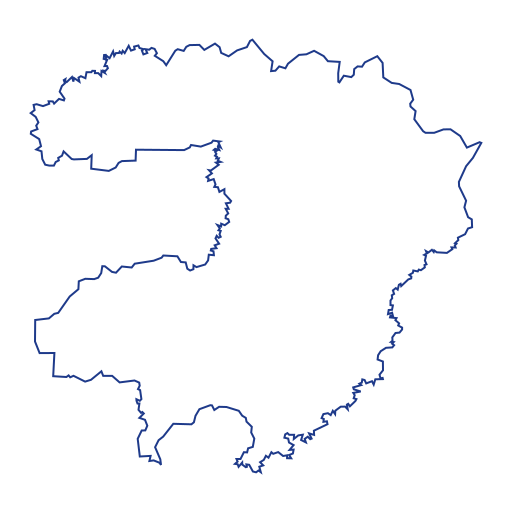 the district of Dong Phu, Bình Phước, Vietnam
{"feature_id": "81297802B41717626545623", "entity_name": "Dong Phu", "entity_type": "district", "adm_level": 2, "iso_a3": "VNM", "parent_name": "Vietnam", "parent_adm1": "Bình Phước", "projection": "albers", "projection_center": [106.951, 11.479], "detail": "fine", "context": "isolated", "style": "outline", "palette": "blue", "viewbox_px": 512, "rotation_deg": 0, "n_neighbors": 0, "source": "geoboundaries", "source_scale": "gbopen_adm2", "svg_char_len": 5942}
<svg xmlns="http://www.w3.org/2000/svg" viewBox="0 0 512 512"><path d="M377.3,56.2L364.8,62.4L362.0,66.7L357.6,66.4L354.2,69.1L353.8,74.7L351.3,77.1L343.8,75.7L339.4,82.4L338.3,81.7L338.2,73.2L339.7,61.9L327.9,61.2L323.7,56.1L314.1,50.8L306.4,54.3L299.0,54.9L288.0,63.7L285.4,68.3L279.2,66.4L275.4,70.7L271.1,71.1L272.6,61.3L264.2,54.0L252.4,39.7L250.1,40.9L246.9,47.1L237.1,50.4L228.6,56.3L221.2,52.9L219.6,47.2L215.0,43.6L204.3,49.9L199.4,44.9L189.6,45.1L186.3,46.8L183.7,50.9L177.7,49.2L175.3,50.7L166.2,65.2L163.3,61.2L154.8,55.8L156.9,53.2L154.6,48.9L151.5,47.9L149.2,49.7L145.5,49.2L147.3,53.0L143.4,54.4L141.9,50.6L143.6,49.2L139.5,48.0L138.4,45.5L134.1,46.6L134.7,49.3L131.0,50.6L128.7,45.8L124.7,53.1L122.7,50.8L121.6,53.5L119.6,51.6L119.0,53.0L115.9,53.1L114.2,55.9L113.1,51.4L109.6,58.2L106.9,56.0L106.0,57.8L105.7,54.9L104.1,55.0L103.7,58.9L107.2,59.7L104.5,66.1L107.0,66.0L107.9,68.2L105.4,71.0L103.7,70.7L104.9,73.0L101.5,71.0L101.2,76.1L98.2,73.1L94.9,73.1L95.0,70.9L92.3,70.8L91.4,72.2L86.5,72.2L85.4,78.2L80.9,76.2L78.5,77.6L79.4,81.7L74.0,78.0L73.4,81.6L72.0,77.0L66.7,82.1L65.0,80.8L65.4,79.1L63.8,80.1L64.9,83.3L61.9,86.0L59.7,91.7L64.5,98.6L63.9,100.4L59.0,98.9L54.1,103.6L52.8,101.4L48.6,101.3L49.2,103.8L43.0,106.1L36.6,104.2L33.6,104.9L34.6,110.1L30.7,113.1L35.7,116.9L38.4,122.4L36.2,125.7L37.5,129.1L31.1,131.5L30.8,133.8L39.2,139.1L41.0,146.2L36.3,149.5L41.5,151.3L42.3,159.0L45.2,164.7L49.3,165.6L53.9,165.6L55.7,162.0L58.8,160.4L58.2,157.9L62.0,155.7L63.6,151.4L71.7,159.0L73.9,159.4L86.9,158.9L91.7,155.2L91.2,168.7L108.8,170.9L115.7,167.5L118.6,162.9L121.9,161.1L135.6,160.6L136.0,149.7L184.1,150.1L189.8,147.4L191.0,145.0L200.8,146.6L211.5,142.7L213.1,140.6L219.8,141.5L218.3,142.2L220.7,147.4L218.2,145.7L217.8,146.9L219.3,150.0L215.2,148.8L213.9,149.9L216.9,150.6L215.1,151.9L216.4,153.9L215.0,155.7L217.0,156.7L216.2,158.4L218.9,158.3L217.8,160.7L220.6,161.9L216.0,162.6L218.7,164.8L210.9,170.5L209.0,170.2L211.9,173.4L206.5,177.1L208.6,178.5L208.1,180.9L213.7,179.1L215.5,184.4L214.3,186.9L217.9,187.2L219.4,191.9L224.4,189.2L224.4,193.7L231.1,201.0L230.1,202.7L225.9,203.3L228.6,208.8L225.7,208.8L228.2,213.4L225.8,215.7L225.6,218.3L228.3,219.2L229.2,221.9L224.8,225.2L221.2,223.7L221.1,226.4L217.4,225.0L219.8,228.4L218.5,230.3L220.7,230.9L219.5,234.3L220.7,236.8L218.6,237.8L216.7,235.8L215.5,238.4L219.1,243.7L214.7,245.3L216.5,248.2L211.2,248.9L210.8,250.5L213.5,251.3L213.9,255.2L208.8,254.7L208.1,260.4L205.2,264.5L196.5,267.1L193.5,265.3L193.4,269.2L190.1,270.5L187.3,268.7L185.7,262.4L180.9,262.0L177.4,256.3L163.3,255.5L161.6,257.7L153.7,260.7L134.7,263.7L131.7,267.5L121.8,266.5L116.0,272.7L112.0,271.9L104.9,266.3L102.3,266.2L101.2,273.1L98.2,277.7L94.2,279.1L85.3,278.8L78.8,281.3L78.4,289.2L69.7,296.5L58.2,312.9L54.3,313.8L48.9,318.4L35.2,320.0L35.0,341.5L39.6,353.1L54.4,353.0L53.2,376.2L66.4,377.0L68.6,375.4L70.2,377.3L73.5,375.8L85.1,381.6L91.0,379.8L101.4,371.3L103.2,375.9L112.2,375.9L119.6,382.4L134.5,380.5L139.2,382.6L139.7,385.7L138.0,389.1L140.1,390.1L141.4,399.1L139.8,400.8L136.4,399.2L136.5,400.7L137.5,403.5L139.4,403.5L138.5,409.8L141.1,412.9L142.3,412.0L143.8,413.5L139.4,417.9L145.0,419.8L147.3,425.7L145.3,430.4L141.7,430.5L137.7,438.8L139.8,456.5L150.6,455.9L149.4,461.0L153.7,460.4L159.4,462.7L161.0,464.9L160.3,459.3L155.1,447.2L158.6,440.2L163.2,436.6L173.3,423.8L191.4,424.3L193.9,422.3L195.5,415.8L199.4,409.2L210.3,405.2L212.0,405.4L214.3,410.0L219.1,406.8L226.5,407.0L238.8,410.8L242.2,415.7L245.8,417.9L246.5,421.6L251.8,426.8L251.2,432.5L254.3,438.6L252.8,446.9L248.1,448.3L247.1,452.4L243.9,452.2L240.5,459.0L236.5,459.0L237.6,461.6L235.0,463.9L237.7,464.3L238.6,466.8L242.2,462.5L242.3,464.6L245.8,467.2L246.9,466.8L246.4,464.4L249.2,464.8L252.9,471.5L256.1,472.3L258.5,470.5L260.8,472.2L259.3,466.7L263.2,465.4L260.1,462.2L263.8,459.9L265.9,455.8L268.5,457.7L271.4,452.2L273.2,453.8L278.2,452.1L283.1,456.0L287.1,455.3L287.1,458.2L291.2,458.3L289.1,455.0L292.9,453.5L293.6,449.6L289.6,449.9L293.6,445.1L289.0,442.5L288.2,438.6L284.4,437.7L285.2,434.4L287.4,433.1L289.2,434.8L294.1,434.8L293.8,439.0L298.3,435.4L302.8,434.7L301.1,440.0L305.9,442.4L304.7,438.9L307.8,436.7L310.2,439.2L311.6,438.6L309.1,433.4L314.1,434.9L313.9,430.7L327.5,424.2L326.9,421.3L323.4,421.8L323.8,419.0L321.6,418.1L323.4,414.1L327.9,413.2L330.7,415.1L332.8,410.8L335.1,414.1L335.3,410.7L340.7,406.7L345.1,406.6L347.7,409.3L346.9,404.6L348.2,403.8L349.9,406.3L355.4,401.0L356.4,399.1L353.7,398.3L354.7,395.2L353.3,392.9L360.7,391.5L353.8,389.3L353.2,387.4L361.2,385.1L359.4,383.7L361.8,382.6L362.3,379.4L364.6,380.0L366.2,383.4L372.0,381.2L373.7,384.6L375.3,379.3L382.9,379.1L382.6,377.9L380.5,378.3L379.5,374.7L383.0,370.3L382.9,361.5L377.6,359.5L378.1,355.2L380.7,351.2L386.0,347.8L392.3,347.4L394.1,345.2L392.1,343.7L393.6,342.1L391.1,341.9L392.5,340.7L392.3,337.4L395.5,333.0L399.5,332.6L402.1,329.5L402.1,327.6L398.2,325.5L399.1,323.4L395.4,320.2L396.5,318.1L390.0,317.4L390.5,315.6L392.9,315.8L392.1,312.7L388.0,314.1L388.7,310.0L392.0,309.8L392.9,305.4L390.5,305.1L390.5,300.5L392.2,298.2L391.8,295.3L394.1,293.9L392.9,290.4L395.8,288.1L397.7,289.6L398.9,284.8L400.6,283.8L401.2,286.1L408.3,279.4L411.2,278.4L411.4,276.6L409.3,274.9L412.9,272.8L413.3,270.5L417.8,271.4L418.8,269.6L420.9,270.2L424.8,267.4L424.5,265.0L426.5,264.3L424.9,260.6L426.0,255.8L424.2,254.9L426.9,253.4L426.0,251.1L428.4,252.5L431.9,249.8L433.7,252.0L434.2,250.4L436.7,252.3L446.9,252.9L452.3,249.2L451.5,247.4L455.6,247.5L454.8,245.4L456.4,243.8L455.0,243.2L458.3,240.1L457.9,237.7L465.1,234.2L468.0,228.5L472.1,227.2L471.8,219.4L468.1,217.2L464.4,207.3L466.1,200.7L459.1,186.3L458.9,181.9L466.1,166.2L472.9,157.9L481.3,142.9L479.6,142.2L466.9,147.6L460.2,136.0L450.5,129.3L443.5,129.4L434.2,132.8L425.5,132.8L423.1,131.2L414.3,119.2L415.6,111.1L410.5,106.5L410.2,103.7L413.2,99.7L410.5,90.0L399.2,84.0L391.7,82.9L383.3,77.4L382.6,62.9L377.3,56.2Z" fill="none" stroke="#1e3a8a" stroke-width="2"/></svg>